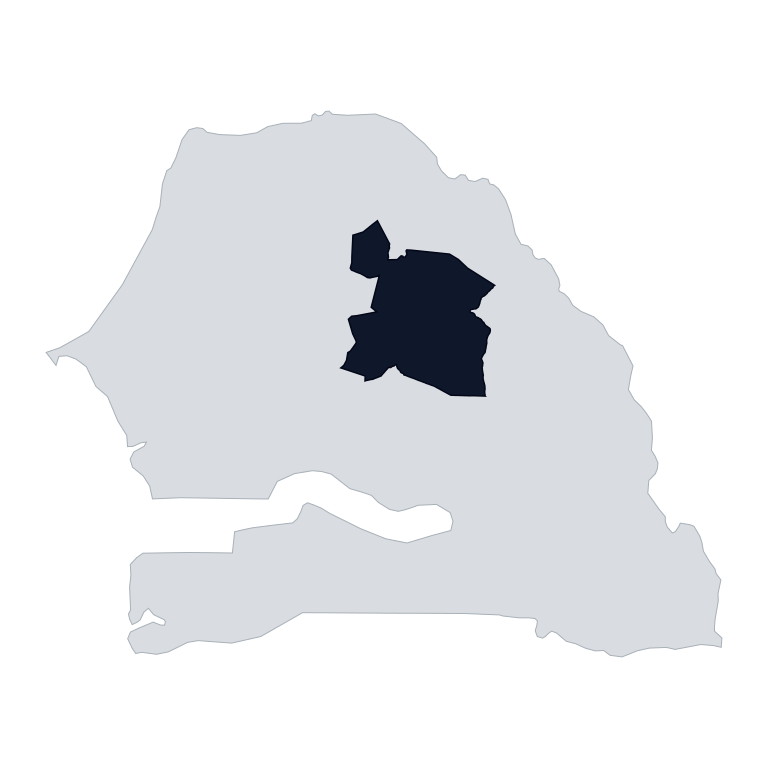 Ranerou, Matam, Senegal (highlighted)
{"feature_id": "50182788B34306626760019", "entity_name": "Ranerou", "entity_type": "district", "adm_level": 2, "iso_a3": "SEN", "parent_name": "Senegal", "parent_adm1": "Matam", "projection": "robinson", "projection_center": [-14.026, 15.106], "detail": "fine", "context": "in_parent", "style": "filled", "palette": "ink", "viewbox_px": 768, "rotation_deg": 0, "n_neighbors": 0, "source": "geoboundaries", "source_scale": "gbopen_adm2", "svg_char_len": 8837}
<svg xmlns="http://www.w3.org/2000/svg" viewBox="0 0 768 768"><path d="M622.6,345.7L633.0,365.9L630.8,375.5L628.4,389.6L634.3,399.9L641.2,406.6L646.1,412.8L651.5,421.2L652.4,438.1L651.4,450.3L654.9,455.8L657.9,462.8L657.4,468.6L655.4,473.7L648.8,480.5L647.8,493.2L658.5,508.5L665.3,516.8L665.3,521.6L667.2,526.9L672.3,533.0L675.4,531.5L678.8,526.5L680.3,523.1L689.5,524.6L693.9,526.2L699.8,536.2L702.0,542.9L703.4,551.2L709.6,561.7L715.0,569.0L716.1,573.6L720.9,579.9L718.0,593.7L718.3,600.7L715.1,619.3L714.4,628.0L714.6,631.3L721.9,637.9L721.2,647.3L713.8,645.6L700.9,644.5L675.1,649.4L666.3,647.4L649.3,648.1L637.3,650.8L622.0,656.9L610.1,655.3L603.7,650.5L595.3,650.9L585.7,648.3L575.6,643.7L566.3,641.3L556.3,632.8L551.6,631.2L548.3,633.5L545.6,636.3L542.7,638.1L537.3,636.5L535.2,630.7L536.9,625.1L537.4,620.9L534.9,618.5L528.8,617.8L518.9,617.8L503.0,616.0L499.4,614.9L463.8,613.5L426.9,613.3L395.6,613.2L356.1,613.0L328.4,612.8L302.5,612.7L282.5,624.1L260.8,636.5L231.7,643.1L198.2,640.6L187.5,642.4L176.4,647.9L168.2,651.9L156.6,654.3L141.7,652.3L135.7,653.5L132.0,647.9L127.7,638.7L130.4,632.1L139.5,627.8L153.2,622.1L160.4,625.0L164.6,625.2L165.4,621.6L164.0,619.6L153.7,614.7L148.4,608.3L143.9,612.1L140.1,620.0L136.9,622.3L132.2,624.6L129.6,619.2L128.5,613.9L130.6,609.9L129.6,587.2L130.9,575.1L130.3,564.5L136.7,557.6L142.9,553.2L166.8,552.8L189.1,552.5L210.6,552.7L232.4,553.0L234.6,531.8L241.5,530.1L251.9,527.9L271.2,525.4L292.7,522.9L297.3,518.8L300.8,511.7L303.1,505.4L307.5,502.8L313.6,504.9L321.4,508.2L329.6,513.3L339.0,518.0L345.2,521.0L360.2,528.5L385.8,538.8L406.9,543.0L432.4,535.4L450.8,530.5L453.0,521.4L450.2,512.6L436.5,504.4L417.9,505.3L412.1,507.5L403.5,510.2L398.2,511.3L389.5,509.4L378.3,502.4L371.3,495.3L361.5,492.0L349.9,488.7L331.2,474.1L321.5,471.5L312.3,470.7L294.6,473.6L277.3,481.4L268.2,499.0L250.9,498.8L214.1,498.2L180.4,497.7L152.5,498.9L149.7,486.1L143.2,475.9L132.5,467.2L130.1,459.1L133.8,452.0L144.2,446.2L146.5,442.1L141.1,442.7L132.9,446.4L127.5,446.6L126.8,435.5L117.8,421.0L107.6,396.6L96.0,386.6L86.4,366.8L76.2,359.2L66.9,355.7L58.9,356.4L56.0,365.4L46.1,352.4L59.7,347.8L88.8,331.5L122.3,284.8L152.3,229.6L156.3,216.6L159.9,206.7L162.4,184.1L166.8,170.6L170.8,168.1L175.9,157.8L182.0,139.7L189.0,129.7L196.7,127.7L202.8,128.5L207.0,132.3L219.6,134.6L240.5,135.4L256.6,132.8L268.0,126.5L283.0,123.3L301.5,123.2L311.3,120.6L312.3,115.4L314.7,113.8L318.5,115.9L322.2,115.1L325.6,111.4L329.0,111.1L332.4,114.3L347.9,115.3L375.6,114.0L401.2,123.5L424.6,143.8L436.7,157.3L437.5,164.0L441.4,170.8L448.4,177.7L454.8,179.0L460.6,174.7L465.2,175.1L468.5,180.4L475.2,181.5L482.7,178.2L488.0,179.3L489.0,182.5L490.2,184.1L493.8,184.9L498.6,188.9L505.5,199.6L511.0,214.6L515.3,233.9L521.0,244.3L528.0,246.0L532.1,250.0L532.9,254.6L534.9,257.7L538.3,259.4L544.2,258.4L551.2,264.9L558.7,279.0L559.9,285.4L558.7,288.8L559.2,291.3L564.1,293.7L568.8,298.3L572.7,305.3L581.0,311.4L593.7,316.8L602.9,324.9L608.6,335.6L620.2,344.7L622.6,345.7Z" fill="#d9dde1" stroke="#a8b0b8" stroke-width="1"/><path d="M494.6,285.3L467.5,268.1L458.4,259.5L449.5,254.1L411.8,250.2L406.8,249.9L406.3,250.5L406.1,250.9L406.2,251.5L406.9,254.1L407.0,254.3L407.1,254.6L406.4,255.1L406.2,255.5L405.5,256.6L405.3,257.0L405.0,257.1L404.2,257.1L403.7,257.3L403.3,257.2L403.2,257.1L402.9,256.3L402.7,256.2L402.4,256.2L401.9,255.9L401.1,255.9L400.0,256.9L397.4,259.5L396.6,259.6L387.7,259.8L387.7,259.5L387.7,259.2L387.8,258.9L388.4,257.6L388.5,257.3L388.3,255.9L388.0,253.5L387.9,253.0L387.9,252.8L388.0,252.2L388.3,251.6L389.1,248.9L389.5,248.2L389.5,247.7L389.3,246.7L389.2,246.1L389.2,245.7L389.3,245.5L389.6,243.9L377.4,220.7L372.6,224.4L363.2,232.0L352.9,235.2L351.9,256.4L351.8,262.8L350.3,268.1L351.5,270.1L353.4,270.8L356.6,272.2L360.8,273.7L364.6,275.8L367.5,277.6L370.0,277.9L372.9,277.2L378.0,276.2L379.6,274.4L371.2,307.3L374.0,309.6L376.6,311.8L373.2,312.6L356.8,315.7L351.7,316.2L348.4,319.2L352.7,333.8L356.0,340.7L356.3,342.8L350.4,351.1L347.8,352.6L346.5,360.4L344.0,365.1L342.3,366.7L340.8,367.9L343.9,368.9L356.2,373.0L365.2,376.0L365.0,380.9L365.3,380.8L365.4,380.7L365.8,380.7L366.2,380.5L366.9,380.4L367.6,380.2L367.9,380.2L368.7,380.0L369.1,379.9L369.5,379.8L370.6,379.6L370.9,379.5L372.5,379.3L372.7,379.1L373.0,379.2L373.6,379.0L374.0,378.7L374.6,378.5L374.9,378.3L375.1,378.3L375.7,378.0L376.0,378.0L376.3,377.7L376.7,377.7L378.0,377.2L378.4,376.9L378.6,376.9L378.9,376.8L379.6,376.6L380.3,376.2L380.8,376.0L381.0,376.0L381.2,375.9L381.6,375.2L381.9,374.9L382.2,374.7L382.4,374.4L382.8,373.8L383.1,373.6L383.2,373.4L383.4,373.3L383.9,372.7L384.3,372.2L384.9,371.6L385.1,371.2L385.5,370.8L385.7,370.6L386.1,370.1L386.4,369.9L386.8,369.4L387.0,369.2L387.5,368.6L387.9,368.1L388.2,367.9L388.3,367.7L388.5,367.2L388.9,367.2L389.6,367.5L390.2,367.6L391.0,367.4L391.1,367.2L391.8,366.6L392.2,366.5L392.5,366.4L392.6,366.2L392.8,366.2L393.0,366.0L393.4,366.0L393.6,366.1L394.1,365.9L394.6,365.3L395.1,365.0L395.5,365.0L395.7,364.9L396.0,364.5L396.7,365.5L396.8,365.8L396.8,366.4L396.9,366.7L397.6,368.4L397.8,368.6L398.1,369.0L398.5,369.2L399.1,369.9L399.5,370.1L399.9,370.3L400.5,371.9L400.9,372.5L401.3,372.6L401.6,372.9L402.0,372.9L402.7,373.3L402.9,373.3L403.0,373.4L403.3,373.5L403.6,374.1L403.8,374.5L403.9,374.9L405.5,375.4L405.8,375.4L406.1,375.5L407.1,376.0L407.4,376.1L408.0,376.3L408.3,376.5L408.6,376.5L409.1,376.8L410.2,377.1L410.5,377.3L410.9,377.5L412.0,377.8L412.5,378.0L412.9,378.1L413.4,378.3L413.5,378.4L413.9,378.5L414.2,378.6L415.0,378.9L415.2,379.0L415.5,379.1L416.1,379.4L417.8,380.0L418.2,380.3L418.6,380.3L418.8,380.5L420.2,380.9L420.6,381.1L421.0,381.2L421.5,381.4L422.0,381.6L422.5,381.8L423.0,382.0L423.5,382.2L425.0,382.7L425.3,382.8L425.5,383.0L426.2,383.3L428.2,384.0L428.4,384.0L429.1,384.2L430.0,384.7L430.5,384.8L431.5,385.2L433.5,385.9L433.9,385.9L436.8,387.6L439.7,389.1L442.5,390.7L450.8,395.2L454.1,395.3L456.1,395.4L458.8,395.4L460.6,395.5L461.8,395.5L464.0,395.6L468.4,395.7L469.5,395.8L470.6,395.7L473.8,395.7L485.3,396.1L485.0,395.7L485.0,395.4L485.1,394.8L484.8,394.0L484.8,393.6L484.8,393.1L484.7,392.3L484.7,391.3L484.7,390.8L484.9,390.1L485.0,388.7L484.9,388.4L485.0,388.0L484.9,387.7L484.9,387.1L484.8,385.5L484.6,384.8L484.3,383.9L484.2,383.0L483.8,382.1L483.7,381.5L483.2,379.1L483.0,377.9L483.1,376.3L483.3,375.5L483.2,374.7L483.0,373.7L482.8,372.8L482.6,371.2L482.4,370.2L482.3,369.7L482.3,368.8L482.3,368.2L482.1,367.7L482.1,367.1L482.5,366.5L482.5,366.1L482.6,365.7L482.6,365.3L482.7,365.0L482.7,364.2L482.9,363.4L482.9,362.5L482.7,362.1L482.4,361.5L482.3,361.0L482.0,360.2L481.5,359.4L481.5,359.0L481.5,358.7L481.5,358.3L481.9,357.4L482.1,356.8L482.9,355.6L483.3,354.6L483.9,353.9L483.9,353.7L484.0,353.5L484.6,352.9L484.9,352.8L485.0,352.5L485.1,352.1L485.3,351.4L485.5,349.7L485.7,349.2L485.9,348.0L486.0,347.6L486.1,347.3L486.0,346.6L486.0,346.3L486.3,345.9L486.5,344.4L486.8,343.7L486.7,343.4L486.8,342.7L486.7,342.1L486.7,341.8L486.7,341.6L486.7,341.0L486.7,339.5L487.2,338.1L487.3,337.3L487.7,336.6L487.9,336.0L488.2,335.3L488.6,334.7L489.0,334.0L489.6,333.3L489.7,332.7L490.0,332.2L490.1,331.5L490.2,331.3L490.3,330.7L490.3,330.4L490.3,330.1L490.2,329.4L490.1,329.1L490.0,328.6L488.9,327.7L488.3,327.3L487.7,326.9L487.0,326.3L486.1,325.9L485.8,325.6L485.5,325.2L484.9,324.5L484.4,323.7L484.2,323.3L483.9,323.0L483.9,322.8L483.8,322.4L483.5,322.3L483.3,322.1L482.8,321.9L482.6,321.7L482.4,321.4L482.0,320.7L481.8,320.4L481.6,320.1L481.3,319.6L480.7,319.3L480.5,319.0L480.2,318.8L479.2,318.4L478.3,317.7L477.9,317.6L477.7,317.6L477.6,317.4L477.3,317.3L476.4,317.2L476.2,317.1L475.4,316.2L475.2,315.8L475.1,315.4L475.0,315.2L474.8,314.8L474.6,314.3L474.4,314.0L474.1,313.9L473.9,313.6L473.5,313.2L473.4,313.2L473.2,313.1L472.2,312.7L471.9,312.8L471.2,312.5L470.9,312.4L470.5,312.3L470.4,312.0L470.1,311.8L469.9,311.2L470.0,310.7L470.3,310.1L470.5,310.0L470.7,309.6L471.3,309.5L471.6,309.3L471.9,309.3L472.5,309.3L472.6,309.1L472.8,309.2L473.0,309.2L473.4,309.0L473.6,309.1L474.5,308.9L475.0,308.8L475.6,308.9L476.0,308.8L476.3,308.5L476.8,308.3L477.0,308.0L477.2,307.8L477.4,307.6L478.1,307.2L478.4,306.8L478.5,306.7L478.6,306.3L479.4,304.4L479.4,304.0L479.7,303.6L479.8,303.1L479.8,302.7L480.0,302.1L480.2,300.9L480.3,300.8L480.4,300.2L480.7,299.7L480.9,299.6L481.1,298.2L481.3,298.0L481.5,297.6L481.9,297.2L482.4,296.9L482.6,296.6L483.3,296.3L483.5,296.3L483.7,296.2L484.0,296.0L484.2,295.7L484.5,295.7L485.8,294.6L485.9,294.3L486.0,294.3L486.2,294.1L486.5,293.9L486.8,293.6L487.3,293.1L487.7,292.3L488.1,291.8L488.5,291.7L488.9,291.3L489.1,291.2L489.3,291.0L489.4,290.9L489.6,290.6L489.9,290.5L490.0,290.1L490.6,289.7L490.9,289.4L491.2,288.7L491.4,288.5L491.9,288.4L492.2,288.2L492.4,288.2L492.5,288.0L492.7,287.9L492.9,287.6L493.3,286.7L493.6,286.3L494.0,285.8L494.2,285.5L494.6,285.3Z" fill="#0f172a" stroke="#020617" stroke-width="1.5"/></svg>